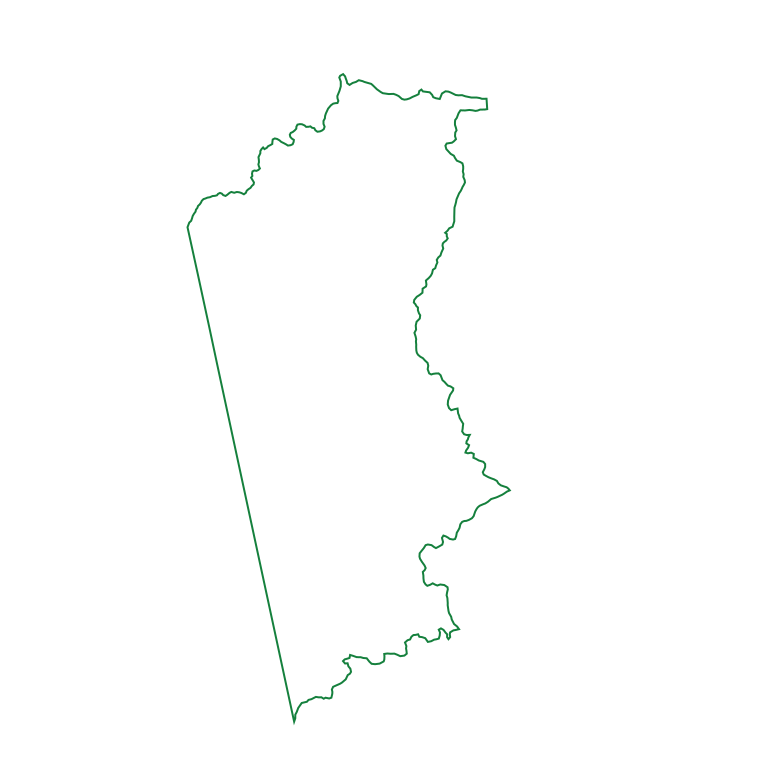 outline of Canaã dos Carajás, Pará, Brazil, rotated 258°
{"feature_id": "56859067B37247033105126", "entity_name": "Canaã dos Carajás", "entity_type": "district", "adm_level": 2, "iso_a3": "BRA", "parent_name": "Brazil", "parent_adm1": "Pará", "projection": "albers", "projection_center": [-50.061, -6.482], "detail": "fine", "context": "isolated", "style": "outline", "palette": "green", "viewbox_px": 768, "rotation_deg": 258, "n_neighbors": 0, "source": "geoboundaries", "source_scale": "gbopen_adm2", "svg_char_len": 6146}
<svg xmlns="http://www.w3.org/2000/svg" viewBox="0 0 768 768"><g transform="rotate(258 384 384)"><path d="M641.7,543.6L642.6,539.1L643.8,537.1L644.9,534.3L646.0,529.1L648.5,523.4L650.3,520.4L650.9,516.8L651.8,514.2L655.2,509.9L656.6,507.8L657.5,505.0L656.1,501.1L651.2,497.8L652.7,494.2L654.3,491.8L656.8,491.2L659.8,489.4L662.1,482.9L664.2,481.8L663.2,479.4L660.3,478.1L659.7,475.8L658.9,471.6L658.0,468.5L657.7,465.5L657.9,463.1L659.1,460.8L662.6,458.2L664.4,455.9L665.8,453.6L666.6,449.0L668.7,443.3L670.3,441.5L673.8,438.3L678.6,435.1L680.2,433.9L683.5,427.7L684.7,426.0L686.4,422.5L685.3,419.4L685.0,415.9L683.7,412.5L685.8,410.6L688.3,410.5L691.0,410.1L693.0,409.9L695.6,408.4L694.6,405.2L693.1,404.0L688.8,404.6L684.1,403.6L680.0,401.4L675.3,398.2L673.1,397.9L670.4,398.2L668.5,396.9L668.8,394.7L668.8,392.6L667.7,390.1L665.0,386.6L660.7,383.4L658.4,382.1L656.1,381.4L653.9,379.5L651.0,378.9L648.0,379.4L645.8,378.1L644.8,376.0L644.4,374.0L644.6,371.3L646.5,369.6L648.7,369.0L649.6,366.9L651.3,365.6L651.3,363.6L651.7,361.3L653.4,360.1L655.1,357.8L655.7,355.7L655.7,353.3L653.9,351.8L652.0,351.3L650.6,349.4L649.4,347.0L649.0,345.0L647.4,343.7L645.3,343.7L643.3,344.8L641.5,346.6L639.5,345.9L637.5,344.5L637.0,342.2L637.2,339.6L638.7,338.1L640.4,336.1L642.2,333.8L644.0,332.5L645.9,330.4L646.9,328.2L646.3,326.0L644.1,325.2L642.0,324.6L641.3,322.5L640.7,320.1L639.3,318.3L638.6,315.9L640.5,314.9L639.3,313.1L637.6,311.5L635.4,311.0L632.0,308.4L629.4,308.2L626.9,307.8L625.0,306.8L622.9,306.9L620.6,307.4L619.5,305.7L619.0,303.6L619.8,301.5L619.3,299.6L617.1,298.6L614.9,298.5L613.5,296.9L611.4,297.6L608.2,298.7L606.3,297.9L605.2,295.9L603.6,294.2L602.7,291.9L601.6,289.9L599.7,288.6L598.7,286.4L600.5,284.2L601.6,282.3L602.4,280.0L602.2,277.2L603.6,274.6L603.1,272.7L601.7,270.1L600.9,268.1L602.2,266.0L603.9,265.0L605.0,263.3L604.5,261.3L603.3,259.8L603.2,257.8L603.5,255.4L602.9,252.6L603.0,250.0L602.6,248.0L602.4,245.9L601.1,243.9L599.4,242.6L598.0,241.1L596.8,239.1L595.0,238.0L593.6,236.3L591.8,235.5L590.0,233.5L588.1,231.8L586.0,230.7L583.7,229.3L582.4,227.1L578.2,224.4L529.6,224.7L475.2,224.9L439.2,224.9L237.9,225.4L72.4,225.9L75.4,227.7L79.0,228.5L81.4,230.5L85.0,232.8L89.1,237.2L89.2,242.5L90.7,244.5L90.8,247.5L92.1,252.3L91.0,255.2L90.6,257.6L88.7,259.6L89.3,261.6L87.8,265.0L88.1,267.3L91.7,269.0L93.6,269.5L96.0,269.5L98.4,271.3L100.0,278.9L100.7,280.8L103.1,285.2L106.8,288.0L107.7,290.4L109.3,291.9L112.5,291.9L115.2,290.5L118.4,290.3L118.7,287.8L121.5,286.3L122.8,288.3L123.0,291.3L123.2,293.3L126.0,294.5L124.6,297.1L122.5,300.5L121.6,304.4L120.3,306.8L119.3,310.1L117.2,311.1L115.4,312.0L112.9,313.7L111.8,317.0L111.4,321.6L112.7,326.0L114.4,327.0L117.4,327.8L119.9,328.1L119.7,331.2L118.7,334.6L118.1,338.1L116.4,340.7L114.4,343.3L114.1,347.5L115.5,350.2L118.3,350.5L120.8,350.6L123.0,351.4L126.8,350.8L128.5,353.8L128.7,356.4L131.1,358.3L132.3,360.6L132.0,362.9L132.1,365.3L129.4,366.0L128.5,368.6L126.8,371.5L122.6,373.3L122.6,376.7L123.5,379.9L123.4,382.2L123.6,384.7L126.4,386.2L129.4,387.1L132.3,386.5L133.1,388.9L131.1,391.1L127.8,392.6L126.1,393.7L123.2,393.1L121.0,394.0L122.7,396.1L125.4,396.3L127.3,397.0L128.6,400.7L128.5,402.9L128.6,406.4L131.6,405.1L134.7,402.6L139.6,401.3L142.3,401.3L146.4,400.0L148.6,399.9L154.4,400.3L156.5,400.8L161.5,401.5L164.3,401.3L167.1,402.4L169.8,403.7L172.0,403.9L174.8,401.2L176.2,397.3L175.8,394.3L177.1,392.3L178.9,390.2L178.0,387.4L177.6,384.4L179.3,383.0L182.2,381.9L185.8,382.2L188.4,382.7L192.1,382.9L193.5,385.1L195.3,386.5L198.1,385.9L202.2,384.1L205.6,382.9L207.8,382.8L211.0,383.7L213.1,386.2L215.2,388.8L217.7,391.2L217.9,393.5L216.5,397.0L214.1,399.1L212.7,400.7L213.5,403.6L214.8,407.6L217.2,408.9L221.4,408.7L223.4,410.6L222.1,412.8L220.4,414.7L218.8,416.1L217.5,419.2L217.6,421.3L220.0,422.9L223.4,424.3L225.4,426.2L227.6,428.0L230.9,429.5L232.9,431.8L233.3,434.1L233.0,436.0L233.4,438.8L234.4,442.1L236.1,444.2L240.3,446.7L242.3,448.4L243.8,450.0L245.0,452.2L245.8,456.1L246.1,458.2L247.2,461.2L249.2,464.9L249.6,469.4L249.9,471.4L251.1,476.6L251.9,478.8L253.2,481.9L253.8,484.9L255.8,483.9L257.5,482.5L258.9,480.0L260.6,477.2L263.0,475.2L265.7,474.3L267.8,471.9L269.4,469.3L271.1,466.8L272.8,464.8L274.7,462.7L277.2,462.3L279.9,464.5L281.8,465.7L284.7,466.3L287.2,465.0L289.5,460.8L291.4,458.7L293.3,456.1L296.9,457.3L298.7,455.0L298.8,451.6L300.0,449.4L301.9,450.5L304.2,453.0L306.5,454.5L308.8,452.2L310.8,452.9L312.4,454.5L314.3,455.5L316.4,457.3L316.9,454.3L318.2,451.9L321.3,450.6L324.1,451.7L326.4,452.4L328.6,453.2L332.2,451.9L335.3,450.9L337.3,450.9L339.8,450.4L344.7,450.8L344.7,447.8L344.4,444.3L346.9,442.6L350.7,442.1L354.4,443.2L359.7,446.4L363.3,450.2L365.4,450.9L367.8,448.6L369.1,446.2L371.2,444.9L373.5,443.6L375.6,442.0L380.8,441.2L383.0,439.6L383.5,436.9L383.7,434.3L383.5,432.2L385.0,430.4L389.4,429.8L392.7,431.1L395.6,431.0L398.4,429.0L401.2,427.4L403.1,425.2L405.6,423.3L407.8,422.6L410.1,422.6L413.7,423.2L415.7,423.7L419.1,424.1L421.1,424.8L424.0,424.8L427.7,424.4L430.5,426.7L434.6,427.2L438.1,428.8L440.6,432.6L443.7,433.7L445.9,432.9L449.1,432.5L451.8,433.1L453.4,431.9L455.5,431.3L457.5,430.1L460.0,431.1L462.5,434.2L463.7,437.4L465.3,440.6L469.2,441.6L470.7,445.4L472.5,446.2L476.5,446.5L478.4,449.9L480.1,452.2L482.2,454.0L485.6,455.6L486.6,458.2L489.2,459.6L491.8,461.5L494.4,461.4L496.5,463.4L497.9,465.9L500.7,467.5L504.2,470.1L507.3,470.0L509.3,470.8L510.5,472.6L511.4,474.7L513.2,476.6L515.4,476.1L517.7,476.6L519.2,475.3L520.7,478.0L522.7,480.1L523.6,483.8L528.6,486.6L533.0,487.5L540.2,489.2L542.1,489.7L544.2,490.9L546.8,492.2L549.5,493.3L554.9,497.1L556.9,499.2L558.8,500.7L560.4,501.8L562.1,503.4L564.3,505.1L566.7,505.3L570.1,504.6L572.7,505.5L575.5,505.3L578.0,506.2L580.5,506.7L583.5,506.6L585.1,504.9L587.3,501.7L590.2,500.5L592.8,499.8L595.2,497.1L600.8,493.8L604.3,493.6L606.2,495.3L605.9,500.7L606.8,502.7L608.5,505.3L611.7,505.0L615.2,506.0L617.0,507.7L620.0,507.6L622.7,507.3L625.2,507.8L627.4,508.5L629.1,510.5L633.3,513.2L635.8,515.7L634.7,520.2L634.3,524.5L633.3,527.5L632.1,530.3L632.0,532.4L632.4,535.0L631.5,539.8L631.4,542.1L641.7,543.6Z" fill="none" stroke="#15803d" stroke-width="2"/></g></svg>